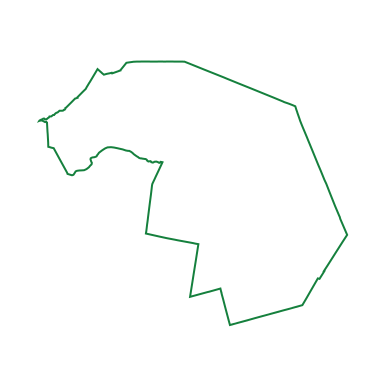 the district of Zaragoza, Coahuila, Mexico, rotated 185°
{"feature_id": "50627088B39725244996961", "entity_name": "Zaragoza", "entity_type": "district", "adm_level": 2, "iso_a3": "MEX", "parent_name": "Mexico", "parent_adm1": "Coahuila", "projection": "orthographic", "projection_center": [-101.085, 28.874], "detail": "fine", "context": "isolated", "style": "outline", "palette": "green", "viewbox_px": 384, "rotation_deg": 185, "n_neighbors": 0, "source": "geoboundaries", "source_scale": "gbopen_adm2", "svg_char_len": 3727}
<svg xmlns="http://www.w3.org/2000/svg" viewBox="0 0 384 384"><g transform="rotate(185 192 192)"><path d="M33.7,162.8L41.5,177.3L41.8,177.8L42.8,180.4L43.1,180.8L48.2,190.4L55.2,204.3L58.9,211.8L61.1,215.6L65.3,223.8L67.1,227.2L68.5,229.8L75.7,243.8L81.1,254.2L82.1,256.2L87.1,265.7L88.6,268.6L89.6,270.6L90.5,272.4L91.3,274.3L93.2,278.5L93.8,279.8L94.3,281.1L95.2,283.0L96.0,285.0L96.6,286.4L99.7,287.4L102.8,288.3L104.7,288.8L108.0,289.6L109.0,290.0L118.8,293.1L127.3,295.7L140.9,299.9L155.1,304.2L167.1,307.9L170.2,308.9L190.5,315.0L208.9,320.6L210.9,321.2L224.6,320.1L227.9,319.8L231.1,319.5L235.0,319.2L239.0,318.8L253.2,317.6L255.1,317.4L260.0,316.9L261.0,316.7L261.4,316.7L266.1,315.6L268.6,315.0L271.4,310.8L273.5,307.7L274.0,307.0L274.1,306.9L274.3,306.8L274.2,306.7L278.8,304.6L281.9,303.2L282.3,303.8L284.3,303.1L285.7,302.7L287.1,302.3L290.0,301.2L291.9,302.5L293.0,303.4L293.9,304.0L294.9,304.8L296.3,305.8L296.8,306.2L299.8,300.0L302.5,294.4L302.7,294.1L303.0,293.3L304.0,291.5L305.2,289.0L306.0,287.4L306.9,285.3L307.0,285.2L307.8,284.3L309.6,282.2L312.0,279.3L314.4,276.4L314.2,275.9L315.8,275.2L316.4,274.9L316.6,274.9L319.9,270.9L324.8,265.1L325.5,264.6L325.4,263.9L325.6,263.6L325.7,263.4L325.9,263.0L326.0,262.9L326.3,262.8L326.6,262.8L326.7,262.7L326.8,262.7L327.0,262.5L327.1,262.2L327.7,261.8L327.8,261.8L328.6,261.6L331.1,261.4L332.2,260.2L332.9,259.5L334.0,259.1L334.7,258.5L335.2,258.0L336.1,256.7L336.7,256.7L337.1,256.6L338.5,255.3L338.7,255.1L339.3,254.9L340.6,254.8L340.9,254.1L341.1,253.7L342.0,253.1L343.0,252.0L344.2,251.7L344.6,251.6L345.0,251.7L345.7,252.3L346.6,252.1L347.3,251.5L348.4,251.0L349.2,250.5L350.0,250.0L350.2,249.8L350.3,249.6L350.1,249.7L348.0,250.2L346.7,249.8L344.6,248.9L344.3,249.0L343.4,249.3L343.2,248.9L343.0,248.6L342.5,248.5L341.2,239.4L340.8,237.1L339.6,228.8L339.1,224.5L336.7,224.1L336.1,223.9L335.8,223.9L333.6,223.6L325.7,211.7L318.0,200.2L317.6,199.2L314.9,198.6L313.0,198.2L311.6,198.8L310.7,200.4L309.7,202.4L308.4,203.1L306.2,203.6L303.3,204.0L301.4,204.3L299.1,205.6L296.9,207.6L295.7,209.4L294.5,210.7L294.3,212.3L295.1,213.6L296.0,215.8L295.8,216.8L294.4,217.7L292.1,218.2L290.3,219.1L289.9,219.8L289.5,220.8L289.1,221.2L288.1,223.0L285.0,225.8L282.3,227.9L280.0,229.1L276.5,229.6L273.5,229.5L270.0,229.1L266.4,228.6L265.6,228.5L264.8,228.4L261.5,227.6L259.3,227.4L258.1,227.5L256.2,226.7L254.6,225.7L253.3,224.6L251.3,223.4L249.5,222.4L248.9,222.2L248.0,221.5L246.8,221.1L246.0,221.0L245.0,221.1L244.6,220.9L243.6,220.9L243.4,220.9L242.3,220.8L241.3,220.8L240.4,220.5L240.1,220.3L239.9,220.2L239.5,219.4L239.3,219.3L239.0,219.2L238.6,218.9L238.2,218.6L237.9,218.6L237.5,218.8L237.0,218.9L236.6,218.9L236.4,219.0L236.2,219.1L235.7,218.9L235.4,218.7L235.4,218.4L235.1,218.1L234.2,218.0L233.9,217.9L233.5,217.9L233.4,218.0L232.9,218.2L232.5,218.5L232.2,218.8L231.8,218.9L231.4,219.0L231.1,219.0L230.8,219.1L230.4,219.1L229.9,219.2L229.4,219.0L228.5,218.8L227.9,218.4L227.5,218.3L227.1,218.2L226.7,218.3L226.4,218.5L226.0,219.3L225.7,219.3L224.5,219.2L224.0,219.1L226.5,212.2L229.6,203.8L230.3,201.8L232.2,196.7L232.4,195.2L232.5,191.4L232.7,185.3L233.0,178.3L233.6,162.8L233.7,159.4L233.9,155.6L234.0,151.9L234.1,149.2L234.3,146.6L220.9,144.8L213.0,143.8L205.0,143.0L202.5,142.7L186.6,141.2L184.4,140.9L181.1,140.6L182.2,124.3L183.1,111.9L183.8,101.6L184.8,87.4L173.4,91.6L167.7,93.7L165.5,94.4L165.4,94.5L162.4,95.6L159.5,96.7L155.3,98.3L154.0,94.4L153.9,94.4L153.5,92.9L151.5,87.5L149.1,80.7L144.3,67.4L142.6,62.8L124.4,69.5L118.6,71.7L110.5,74.7L90.5,82.1L86.3,83.6L72.2,88.9L68.7,96.2L65.6,102.9L59.1,116.9L57.4,116.6L53.3,124.6L53.7,124.7L50.5,130.7L43.4,144.4L37.5,155.7L35.9,158.7L33.7,162.8Z" fill="none" stroke="#15803d" stroke-width="2"/></g></svg>